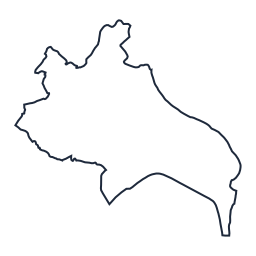 outline of Viet Tri, Phú Thọ, Vietnam
{"feature_id": "81297802B93284854578765", "entity_name": "Viet Tri", "entity_type": "district", "adm_level": 2, "iso_a3": "VNM", "parent_name": "Vietnam", "parent_adm1": "Phú Thọ", "projection": "robinson", "projection_center": [105.368, 21.333], "detail": "fine", "context": "isolated", "style": "outline", "palette": "slate", "viewbox_px": 256, "rotation_deg": 0, "n_neighbors": 0, "source": "geoboundaries", "source_scale": "gbopen_adm2", "svg_char_len": 4926}
<svg xmlns="http://www.w3.org/2000/svg" viewBox="0 0 256 256"><path d="M222.4,235.3L225.2,235.6L229.2,235.6L229.4,233.3L229.3,231.7L229.0,228.9L228.9,226.4L229.1,225.0L229.3,224.2L229.9,223.0L230.1,222.4L230.2,220.5L230.1,216.6L230.3,214.7L230.6,211.8L230.7,210.5L230.9,209.8L231.8,207.7L232.4,205.8L233.4,204.3L234.4,203.7L234.4,203.3L234.6,201.9L235.3,198.2L235.5,197.2L235.7,195.2L235.9,194.5L236.1,193.2L236.1,192.2L236.2,191.5L236.3,190.8L235.7,190.6L234.6,190.2L233.6,189.8L232.8,189.3L232.0,188.6L231.2,187.9L230.7,187.4L230.4,186.9L230.2,186.6L230.1,186.3L230.1,186.0L230.1,185.7L230.2,184.8L230.6,183.6L230.7,183.1L230.9,181.7L231.3,181.0L231.7,180.2L231.9,180.2L232.2,180.2L233.8,179.5L235.9,177.8L237.7,175.4L239.1,173.3L240.1,170.1L240.5,167.5L240.6,165.8L240.4,164.4L238.9,160.5L238.0,158.7L235.7,155.2L232.0,151.3L230.9,148.9L229.8,146.9L229.3,145.7L229.1,145.1L227.4,141.9L224.5,138.1L223.6,137.1L221.2,134.8L218.5,132.0L214.6,129.9L211.6,128.6L210.2,127.0L209.7,126.3L208.4,125.1L206.5,123.8L203.7,122.3L199.0,120.1L196.7,119.2L193.9,117.9L192.9,117.6L191.8,117.3L190.4,117.2L188.0,116.0L183.8,113.7L180.8,111.9L177.9,109.4L174.3,107.1L172.9,106.2L171.1,104.8L169.6,103.4L167.5,101.4L165.7,100.0L164.4,98.4L163.4,96.8L162.2,95.1L161.1,93.7L159.6,91.8L158.2,89.8L157.2,87.5L156.6,86.8L155.1,84.4L154.4,82.7L153.7,80.2L153.0,77.8L152.7,76.9L152.3,75.9L151.7,73.9L151.4,72.6L151.4,71.0L151.5,69.8L151.0,70.0L149.8,68.9L149.1,66.8L148.4,65.5L147.7,64.8L146.5,64.7L145.9,64.7L144.7,64.8L143.6,65.3L141.7,65.2L140.7,65.3L140.1,65.6L138.7,67.0L137.1,67.3L135.2,67.3L133.6,66.9L129.6,65.5L127.1,64.5L125.3,63.8L124.1,62.6L123.9,61.8L124.6,60.6L127.1,58.3L127.7,56.5L127.3,55.2L125.2,51.5L120.4,45.9L120.6,44.8L122.8,42.9L124.3,41.4L126.0,40.0L127.4,38.7L129.5,36.9L128.9,34.1L128.6,32.2L128.6,31.5L128.9,29.5L129.0,28.7L129.8,27.3L130.4,25.7L128.4,24.0L127.5,23.9L123.5,24.0L122.3,22.4L121.2,20.9L119.6,20.4L118.5,20.4L117.0,21.6L116.3,22.7L115.4,24.5L114.5,25.5L112.9,26.7L111.7,26.9L109.3,25.8L108.3,25.1L106.6,25.1L104.8,25.9L103.8,26.7L102.7,28.0L100.9,30.5L100.2,31.9L99.7,35.3L99.1,39.1L98.9,41.2L98.5,42.1L98.0,44.4L95.9,47.0L95.0,48.0L93.2,50.9L92.0,53.2L90.8,55.0L88.1,57.4L86.4,59.2L86.3,59.8L86.3,62.2L86.4,62.7L86.3,63.2L85.4,64.4L83.7,66.0L80.4,67.4L79.4,67.3L77.9,67.8L76.4,67.9L76.3,67.4L76.6,66.9L77.0,66.4L76.9,65.9L75.3,65.5L74.1,64.8L72.5,63.4L71.3,62.7L70.4,62.5L69.6,62.7L67.6,63.6L66.6,64.4L66.0,64.4L65.7,64.1L65.6,63.8L66.5,62.9L66.7,62.2L66.6,61.2L66.0,60.1L64.2,58.4L61.6,56.3L58.9,53.8L58.5,52.7L57.9,51.9L57.2,51.3L54.3,50.3L53.1,49.7L52.1,48.6L51.4,47.6L50.7,46.9L49.2,47.2L47.9,48.0L47.0,49.0L46.8,49.9L46.2,51.6L45.3,53.1L44.9,53.8L46.0,54.7L46.4,56.5L45.6,57.8L43.6,59.7L42.6,61.8L40.8,64.2L38.0,67.1L35.7,69.9L35.2,71.6L35.2,72.7L36.0,72.9L37.4,73.0L37.8,73.4L37.7,74.1L37.8,73.6L39.2,72.4L40.6,71.6L41.9,71.2L43.0,71.5L45.6,72.5L45.5,73.0L44.7,73.6L44.6,74.7L45.4,75.1L45.4,76.0L45.2,77.0L44.1,78.5L43.7,79.1L43.4,80.3L42.5,83.3L43.8,85.9L44.5,87.8L46.3,91.0L46.9,92.1L47.1,92.8L47.7,93.1L49.0,93.2L49.1,93.9L47.8,96.6L47.1,97.3L46.6,97.9L45.7,98.8L44.8,99.1L43.5,98.7L39.5,100.2L37.0,101.0L34.6,102.3L32.2,103.0L30.0,103.3L25.7,104.3L24.2,104.6L24.3,106.2L24.3,107.7L24.7,108.8L25.1,109.5L25.1,109.9L24.6,111.1L24.3,112.4L24.3,113.3L24.1,113.6L22.9,113.7L22.2,113.9L22.2,114.1L22.1,115.4L21.7,116.4L18.2,120.8L15.4,125.3L18.2,127.3L20.6,129.5L23.4,130.3L25.4,131.0L26.8,132.0L27.9,133.3L28.5,135.8L29.3,137.6L32.0,141.2L32.5,141.8L32.9,141.6L33.7,141.1L34.7,141.1L35.4,141.6L35.8,142.6L36.0,143.5L36.2,144.3L37.3,144.9L37.9,145.5L38.1,146.6L38.5,147.8L38.8,147.9L39.6,147.7L40.0,148.3L39.9,149.0L40.1,149.4L40.5,149.6L42.4,150.4L43.7,150.6L46.0,151.6L47.2,152.4L48.3,153.4L49.0,154.7L49.6,156.2L50.4,156.6L51.0,156.9L52.4,157.0L54.2,157.8L55.3,158.3L55.8,158.3L56.4,158.6L57.2,159.2L57.9,159.3L59.1,159.3L62.1,160.4L62.1,160.2L66.0,158.7L68.8,157.1L71.2,155.9L71.1,157.5L71.2,158.8L71.4,159.9L71.7,160.1L72.3,160.7L72.8,160.9L73.3,160.4L74.1,158.9L74.6,158.6L75.2,158.7L75.7,159.5L76.0,159.8L76.3,160.5L77.0,160.5L77.6,160.4L80.3,160.8L81.1,161.0L85.0,162.3L89.4,162.7L91.6,163.2L93.2,163.2L94.8,162.7L95.3,162.6L95.8,162.9L96.4,164.0L97.1,164.5L98.1,164.6L99.2,164.6L101.1,165.2L103.1,166.7L104.5,168.3L105.1,169.0L106.0,170.0L105.1,170.6L101.9,174.1L101.2,175.9L101.2,177.4L101.1,184.9L100.9,188.3L101.2,190.5L101.6,191.0L102.7,193.1L109.4,204.2L115.6,197.3L121.5,192.3L126.4,188.8L130.0,188.7L132.7,186.9L133.6,186.1L135.1,184.9L137.4,183.0L140.2,181.1L143.0,179.1L145.3,177.8L148.0,176.1L150.4,175.0L152.1,174.4L153.4,174.1L154.4,173.9L156.4,173.5L158.0,173.5L160.0,173.7L163.3,174.6L171.5,178.3L177.5,181.6L180.2,183.1L182.9,184.5L185.1,185.7L204.7,196.2L205.3,196.5L209.3,198.6L210.6,199.5L212.9,201.0L214.2,202.4L215.8,205.1L216.8,207.9L218.0,212.2L218.4,213.4L219.8,219.4L220.3,222.7L220.5,224.0L222.1,232.5L222.4,235.3Z" fill="none" stroke="#1e293b" stroke-width="2"/></svg>